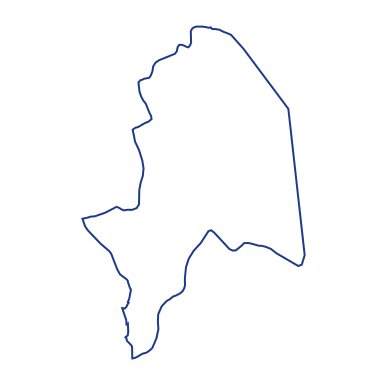 outline of Shabwah, rotated 88°
{"feature_id": "YEM-336", "entity_name": "Shabwah", "entity_type": "Governorate", "adm_level": 1, "iso_a3": "YEM", "parent_name": "Yemen", "parent_adm1": "", "projection": "albers", "projection_center": [47.196, 14.654], "detail": "fine", "context": "isolated", "style": "outline", "palette": "blue", "viewbox_px": 384, "rotation_deg": 88, "n_neighbors": 0, "source": "natural_earth", "source_scale": "10m", "svg_char_len": 1954}
<svg xmlns="http://www.w3.org/2000/svg" viewBox="0 0 384 384"><g transform="rotate(88 192 192)"><path d="M357.2,257.5L345.0,257.3L343.2,257.9L338.6,262.1L337.6,262.5L336.7,262.5L335.8,262.7L334.9,263.6L333.0,261.2L329.3,260.6L321.2,260.7L321.5,261.1L322.0,262.1L317.7,262.2L305.6,265.8L306.1,263.2L304.4,261.5L302.0,260.3L300.5,259.2L299.8,260.0L296.9,258.6L287.5,256.4L285.9,257.3L280.4,259.0L278.5,259.3L277.1,260.3L271.8,266.8L267.0,269.3L250.9,274.9L248.6,276.4L240.1,285.5L226.6,297.5L222.7,300.0L214.9,302.4L213.9,296.9L213.1,294.2L212.9,290.0L209.7,279.5L204.2,267.9L205.3,265.4L206.7,263.4L208.0,260.8L207.5,257.2L207.7,252.4L206.2,247.9L202.5,245.4L188.1,244.6L181.0,243.0L174.2,240.6L166.7,239.6L158.7,240.6L148.2,243.5L139.8,247.1L127.7,249.1L125.9,246.5L125.2,243.6L121.6,236.9L120.1,232.9L117.7,229.9L114.6,230.2L111.3,231.8L102.1,235.1L98.9,237.5L95.0,239.4L90.2,240.9L80.7,241.7L78.4,239.5L78.0,237.6L77.1,235.8L77.0,234.4L76.6,233.1L76.6,231.9L76.3,230.7L74.3,229.2L69.9,227.3L65.1,226.4L61.4,223.9L59.1,220.2L53.3,204.3L50.9,202.3L46.5,201.2L44.5,199.6L44.6,196.9L45.4,194.8L46.7,192.6L47.3,190.5L45.4,188.9L43.0,187.7L31.3,187.6L29.0,186.3L27.7,184.7L26.8,181.7L27.1,175.8L27.6,172.6L28.4,169.8L28.3,168.4L28.1,167.5L29.5,166.6L30.0,165.2L29.9,163.3L30.8,159.0L33.2,154.5L34.1,152.2L36.3,147.5L50.9,135.4L112.3,92.8L259.0,81.6L268.4,84.8L269.7,88.3L256.2,109.7L251.6,115.2L249.3,120.4L248.2,124.2L248.1,126.8L245.2,136.1L244.9,139.0L244.9,141.7L247.5,144.4L251.9,150.3L251.9,153.5L250.3,156.6L233.4,171.2L230.9,174.2L231.7,176.9L243.4,185.1L250.8,192.4L258.8,197.7L266.9,200.6L277.7,202.1L285.4,202.3L288.0,203.2L290.7,204.7L292.7,207.1L294.8,211.4L295.9,214.7L298.5,218.1L300.0,221.1L305.2,226.3L312.9,230.0L319.9,230.6L327.9,230.4L336.9,232.6L346.5,237.1L348.8,239.8L350.4,242.1L351.3,244.2L351.6,246.1L352.2,247.8L355.1,253.0L355.9,255.2L356.2,256.6L356.3,257.5L357.2,257.5Z" fill="none" stroke="#1e3a8a" stroke-width="2"/></g></svg>